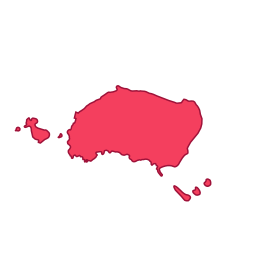 Phu Quy, Bình Thuận, Vietnam, rotated 117°
{"feature_id": "81297802B90799057915407", "entity_name": "Phu Quy", "entity_type": "district", "adm_level": 2, "iso_a3": "VNM", "parent_name": "Vietnam", "parent_adm1": "Bình Thuận", "projection": "albers", "projection_center": [108.956, 10.526], "detail": "fine", "context": "isolated", "style": "filled", "palette": "rose", "viewbox_px": 256, "rotation_deg": 117, "n_neighbors": 0, "source": "geoboundaries", "source_scale": "gbopen_adm2", "svg_char_len": 5941}
<svg xmlns="http://www.w3.org/2000/svg" viewBox="0 0 256 256"><g transform="rotate(117 128 128)"><path d="M112.3,65.8L100.9,63.3L95.0,63.2L90.9,64.1L86.2,66.3L83.0,69.7L79.6,72.3L77.8,74.6L76.8,76.4L76.4,77.7L74.7,80.3L74.5,81.3L74.5,82.1L75.2,83.8L76.5,85.9L76.6,86.8L76.5,89.3L77.0,91.2L79.4,91.7L80.6,91.8L81.2,92.0L81.6,92.4L83.5,95.3L83.9,96.3L84.0,98.1L85.0,104.2L86.3,116.8L86.5,120.6L86.8,122.7L87.4,124.8L87.5,128.5L87.8,129.9L89.2,133.3L89.4,134.0L90.2,134.8L90.9,137.1L93.1,140.9L93.5,142.1L93.6,143.3L93.5,144.8L93.5,146.0L93.7,147.1L94.6,149.4L95.1,152.5L95.0,153.9L94.8,155.5L94.9,156.0L95.5,156.8L96.7,157.0L97.3,156.7L97.8,156.0L98.6,155.1L99.3,155.1L100.3,155.5L102.6,157.7L104.1,159.8L104.4,160.1L104.7,161.2L105.1,161.7L105.9,162.3L109.0,163.9L111.8,165.5L112.9,166.0L114.3,165.9L114.8,166.1L117.3,168.5L118.1,169.1L119.9,170.0L123.5,172.9L125.4,173.8L127.3,174.9L128.6,175.2L130.5,175.7L131.1,176.0L133.7,177.4L135.3,178.4L137.3,179.2L137.5,181.7L143.5,180.3L143.2,178.7L145.3,178.1L146.8,177.9L147.5,177.9L147.8,177.9L148.1,178.1L148.5,178.8L148.8,178.8L149.4,178.6L149.9,178.5L151.4,178.9L152.3,178.9L154.3,178.3L155.4,178.3L155.8,178.4L155.9,179.3L156.3,179.7L157.1,180.1L158.1,180.4L158.9,180.3L159.4,180.1L159.9,179.6L161.3,177.2L162.2,176.4L163.4,175.8L163.9,175.3L164.4,175.1L165.1,175.1L165.8,175.2L166.8,175.5L167.9,175.6L169.2,174.6L169.4,174.3L169.5,173.4L170.1,171.6L170.5,171.0L171.1,170.5L172.2,170.4L173.1,170.4L175.0,170.9L176.1,170.5L176.8,170.0L177.3,169.4L178.3,167.6L179.0,166.7L178.9,165.9L179.3,165.4L180.3,164.7L180.4,164.2L180.3,163.9L180.0,163.6L179.5,163.5L177.8,163.9L176.8,163.6L176.3,163.1L176.2,162.8L176.7,161.3L176.7,160.6L176.0,159.9L174.7,159.0L174.5,158.7L174.5,158.2L175.1,157.4L175.1,157.0L174.7,156.5L174.5,155.8L174.5,155.4L174.7,155.1L175.4,154.5L176.3,154.1L176.5,153.7L176.4,153.4L176.1,153.0L175.9,152.5L176.1,151.9L176.3,151.7L177.1,151.7L177.6,151.5L177.8,151.2L177.5,150.8L176.7,150.6L176.7,150.0L177.0,149.8L177.1,149.6L177.0,149.3L176.7,149.1L176.4,149.1L175.6,150.3L175.4,150.5L175.2,150.5L174.9,149.9L174.9,149.4L175.1,148.6L175.0,148.2L174.4,147.0L174.5,146.5L174.4,146.2L174.1,145.9L172.0,145.0L170.7,144.2L169.2,143.6L168.7,143.4L167.4,143.4L167.0,143.4L166.5,143.2L166.2,143.2L165.8,143.5L165.6,144.5L165.3,144.9L164.8,145.2L164.3,145.3L163.9,145.1L162.0,142.6L161.4,141.2L161.4,140.6L161.9,140.2L162.6,139.9L163.0,139.5L163.1,139.1L163.1,138.7L162.6,138.3L162.0,138.1L161.0,138.1L160.2,138.3L159.3,138.6L158.9,138.6L157.9,137.5L157.6,137.0L157.5,135.6L157.8,134.6L158.3,133.9L158.4,133.4L158.4,133.0L158.2,132.7L157.9,132.5L156.2,132.1L155.9,131.8L155.5,130.9L155.4,130.2L154.9,128.0L154.5,127.5L154.0,126.3L153.7,124.5L154.5,121.7L154.5,121.0L154.1,119.5L153.8,118.9L152.1,117.2L151.8,116.9L151.7,115.7L151.7,115.0L151.8,114.4L152.1,114.0L152.3,113.8L152.8,113.9L153.2,113.8L153.8,113.5L154.3,113.0L154.6,112.4L154.7,111.8L154.7,110.6L155.4,109.5L155.6,108.2L155.4,107.6L155.1,107.0L154.3,106.1L152.8,105.1L151.1,103.3L150.9,102.2L150.7,101.9L149.8,101.3L149.1,99.9L147.8,98.3L147.2,96.8L147.0,95.3L147.2,94.0L147.6,93.5L147.7,93.1L147.7,92.6L147.8,92.3L148.4,91.6L149.2,91.2L149.9,90.7L150.2,90.1L150.2,89.8L150.0,89.6L148.3,89.0L147.4,87.7L147.3,87.4L147.4,87.0L148.4,85.8L148.6,85.6L148.4,85.0L148.5,84.5L148.7,84.2L149.1,84.0L149.9,83.9L150.7,84.2L151.5,84.0L151.8,82.7L152.9,82.0L153.9,80.8L155.6,77.1L155.6,76.4L155.3,76.1L154.9,76.0L154.1,76.2L153.3,78.0L152.5,79.5L150.9,81.1L150.0,81.5L149.4,81.4L148.1,80.6L146.4,79.1L144.8,77.4L143.4,75.5L142.5,73.7L141.9,72.1L141.5,69.3L141.3,68.6L140.3,67.6L139.0,66.9L137.5,66.5L134.8,66.4L130.0,66.0L126.8,65.3L125.4,64.6L123.9,63.5L123.2,63.3L122.4,63.6L120.9,64.5L119.3,65.9L117.6,66.0L112.3,65.8ZM174.4,212.8L179.2,208.8L180.0,205.9L179.9,204.8L179.4,202.8L179.5,202.2L180.0,201.7L181.3,201.5L181.5,201.3L181.3,200.8L181.3,199.8L181.1,199.2L176.1,197.0L174.3,195.6L172.6,194.6L171.4,194.5L169.9,194.8L168.7,195.5L168.0,196.4L167.1,199.2L167.1,199.9L167.2,200.5L167.9,201.7L168.0,202.5L169.0,208.1L168.9,210.0L168.7,210.8L168.1,211.7L167.3,212.4L166.6,212.5L166.1,212.4L164.7,211.5L164.0,211.4L163.1,211.6L162.5,212.1L162.0,212.6L161.6,213.6L161.7,214.8L162.2,216.7L162.6,217.5L163.6,217.9L164.2,217.9L164.7,217.7L165.1,217.7L165.4,218.0L165.4,218.4L165.1,219.4L164.2,220.3L164.0,220.6L164.1,221.0L165.3,221.6L166.7,222.0L168.0,221.4L169.9,221.0L170.3,220.3L170.7,220.0L171.5,220.0L173.2,221.0L173.8,221.0L174.1,220.6L174.1,220.1L173.8,219.4L171.6,217.5L171.1,216.7L171.2,215.4L171.6,214.8L172.7,213.8L174.4,212.8ZM159.1,60.6L159.8,60.2L160.4,59.5L161.8,57.6L164.7,49.3L166.0,46.3L166.6,44.7L166.5,43.7L166.3,43.0L166.1,42.5L165.6,41.6L165.3,41.2L163.7,40.7L161.9,40.7L161.5,40.9L161.1,41.2L160.6,42.1L160.5,43.2L160.5,44.1L161.0,45.9L161.1,46.9L161.0,48.3L160.6,50.3L159.7,53.2L158.7,56.7L158.4,58.5L158.4,59.8L158.5,60.4L158.7,60.6L159.1,60.6ZM156.0,40.5L156.5,39.0L156.8,37.3L156.7,36.8L156.5,36.2L156.1,35.4L155.1,34.5L154.7,34.1L154.1,34.0L153.6,34.1L152.8,34.4L152.2,34.9L151.2,36.0L150.3,37.6L149.8,38.9L149.7,39.3L149.7,40.1L150.1,40.8L150.4,40.8L150.8,40.7L151.6,40.1L152.5,40.0L153.5,40.7L153.7,41.1L154.5,41.6L155.1,41.4L155.6,41.0L156.0,40.5ZM143.1,34.8L143.7,34.0L144.1,32.8L144.1,31.7L143.9,31.0L143.7,30.5L143.2,29.9L142.5,29.4L141.8,29.0L140.8,28.8L140.4,28.9L139.8,29.2L139.0,29.6L138.2,30.2L137.4,31.1L137.2,31.7L137.2,32.3L137.2,33.4L137.5,34.2L138.2,34.8L138.4,34.9L139.5,34.5L140.1,34.5L141.0,34.6L142.2,35.1L142.7,35.0L143.1,34.8ZM181.4,226.9L181.0,226.3L180.5,224.8L180.2,224.2L179.4,223.6L178.8,223.5L177.7,224.0L177.2,225.0L177.2,225.8L177.4,226.4L177.8,226.8L178.4,227.2L179.3,227.2L179.9,226.9L180.4,226.9L181.1,227.1L181.3,227.1L181.4,226.9ZM167.9,185.1L167.5,184.7L166.2,183.5L165.8,183.3L165.3,183.2L164.6,183.5L164.2,183.8L163.9,184.3L163.6,185.2L163.8,185.4L164.0,185.5L166.2,185.4L167.9,185.9L168.0,185.7L167.9,185.1Z" fill="#f43f5e" stroke="#9f1239" stroke-width="1.5"/></g></svg>